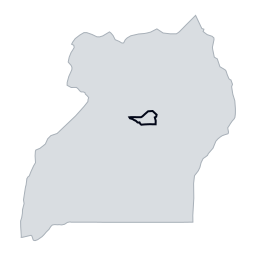 location of Amolatar within Uganda
{"feature_id": "UGA-3070", "entity_name": "Amolatar", "entity_type": "County", "adm_level": 1, "iso_a3": "UGA", "parent_name": "Uganda", "parent_adm1": "", "projection": "albers", "projection_center": [32.647, 1.635], "detail": "fine", "context": "in_parent", "style": "outline", "palette": "ink", "viewbox_px": 256, "rotation_deg": 0, "n_neighbors": 0, "source": "natural_earth", "source_scale": "10m", "svg_char_len": 2480}
<svg xmlns="http://www.w3.org/2000/svg" viewBox="0 0 256 256"><path d="M192.9,222.2L188.6,222.2L181.6,222.3L174.5,222.3L167.4,222.3L160.4,222.3L153.3,222.3L146.3,222.3L139.2,222.3L132.2,222.3L125.1,222.3L118.0,222.3L111.0,222.3L103.9,222.3L96.9,222.2L89.8,222.2L82.8,222.2L75.7,222.2L71.5,222.2L70.7,222.1L70.1,221.9L67.4,222.4L64.7,224.2L61.8,224.9L58.6,224.6L58.2,224.8L56.6,224.7L54.4,224.6L52.3,225.0L50.7,226.6L49.1,229.2L46.2,232.1L43.9,234.8L42.0,236.7L37.6,239.7L35.2,240.6L34.0,240.5L33.2,239.9L31.9,236.0L31.0,235.3L22.5,237.3L21.2,237.4L21.3,236.1L20.7,226.8L20.6,221.1L21.7,217.6L22.4,213.4L22.5,209.8L24.1,203.6L23.5,199.9L25.5,187.0L26.1,184.9L26.9,178.6L28.2,176.6L29.3,175.9L30.8,172.0L33.6,165.9L35.5,162.7L35.1,155.8L35.4,151.1L35.9,150.0L40.0,148.3L45.4,144.0L47.7,138.8L50.9,135.6L57.1,133.5L75.6,115.9L84.1,106.4L87.9,101.6L88.0,99.8L88.7,97.6L87.2,95.8L85.4,94.1L84.9,92.6L83.3,91.9L81.1,91.9L79.7,90.8L78.0,88.7L76.4,87.4L71.2,87.5L67.1,85.3L67.2,82.3L68.8,76.5L71.8,69.8L72.0,67.9L71.6,66.3L70.8,65.0L69.5,63.6L68.2,62.0L69.2,57.2L71.1,52.5L72.7,50.1L74.2,47.5L73.8,45.3L71.6,44.2L72.7,42.1L75.2,38.6L79.9,35.0L84.0,32.6L86.7,32.6L92.1,34.5L96.9,36.8L99.6,36.9L102.8,35.9L109.5,31.9L111.1,33.2L113.1,35.6L115.2,39.7L119.4,41.5L121.4,42.8L122.9,43.1L123.7,42.8L125.3,39.7L127.2,37.9L130.8,35.8L138.6,34.0L144.3,33.5L146.6,33.1L150.6,32.1L156.9,28.9L163.1,33.0L169.9,33.8L176.4,33.8L178.4,32.5L179.5,31.6L186.3,24.7L195.6,15.4L201.8,28.5L203.9,29.2L203.6,30.4L203.1,31.5L207.1,34.6L212.1,36.3L213.9,37.9L214.0,39.7L212.4,47.3L212.7,49.5L214.3,57.2L217.3,58.9L219.9,66.7L225.2,69.9L226.0,70.9L227.2,74.6L228.9,78.7L230.1,79.7L230.9,79.9L232.5,84.3L231.6,86.7L232.8,94.2L234.8,100.8L235.4,108.8L235.4,112.3L235.3,114.4L234.9,117.4L233.9,119.2L232.3,120.9L230.4,123.6L228.7,126.4L227.7,127.8L228.5,132.1L228.3,133.2L227.9,133.8L225.5,134.5L222.4,135.6L220.5,136.8L217.9,138.9L215.8,141.3L213.0,148.2L208.3,153.6L207.5,155.4L203.1,158.6L201.1,162.6L199.9,167.4L198.2,170.9L194.5,175.7L193.6,183.3L193.8,198.3L192.8,215.5L192.9,222.2Z" fill="#d9dde1" stroke="#a8b0b8" stroke-width="1"/><path d="M152.6,111.0L156.6,114.7L156.2,116.7L154.8,117.4L155.7,120.7L155.6,124.3L149.6,124.2L144.7,124.4L141.3,124.7L140.2,123.7L139.5,122.4L138.3,122.6L137.5,122.4L136.3,121.2L135.4,120.5L134.5,120.3L132.7,119.1L130.0,118.3L129.4,117.3L131.2,117.1L138.2,117.2L141.0,117.2L142.4,116.4L145.0,114.0L148.1,111.3L152.6,111.0Z" fill="none" stroke="#020617" stroke-width="2"/></svg>